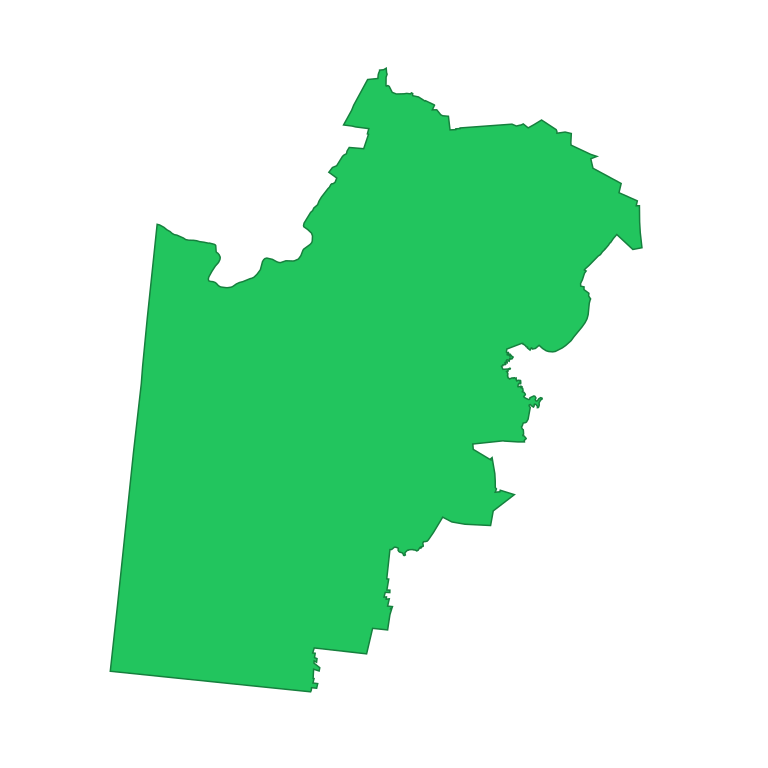 Tenosique, Tabasco, Mexico (Natural Earth projection), rotated 96°
{"feature_id": "50627088B14158734316570", "entity_name": "Tenosique", "entity_type": "district", "adm_level": 2, "iso_a3": "MEX", "parent_name": "Mexico", "parent_adm1": "Tabasco", "projection": "natural_earth1", "projection_center": [-91.353, 17.458], "detail": "fine", "context": "isolated", "style": "filled", "palette": "green", "viewbox_px": 768, "rotation_deg": 96, "n_neighbors": 0, "source": "geoboundaries", "source_scale": "gbopen_adm2", "svg_char_len": 6143}
<svg xmlns="http://www.w3.org/2000/svg" viewBox="0 0 768 768"><g transform="rotate(96 384 384)"><path d="M248.9,626.3L343.1,626.3L392.0,625.9L409.1,625.4L478.5,626.0L632.9,625.9L698.3,626.2L697.8,424.8L696.1,424.3L693.6,424.3L693.6,419.2L688.9,418.6L688.8,423.4L684.3,422.8L684.3,423.7L675.0,424.2L676.2,418.5L672.9,418.2L668.9,424.5L666.7,424.5L667.8,422.0L664.1,421.9L663.4,424.5L659.0,424.3L658.9,426.8L653.8,425.8L654.2,373.1L628.2,369.8L628.2,354.7L612.8,354.0L607.2,352.9L607.0,354.0L606.5,353.8L606.6,352.8L604.5,352.3L604.5,357.2L597.1,356.3L597.8,359.3L595.5,359.3L595.9,361.7L591.1,361.0L590.8,356.4L588.4,356.6L588.6,359.6L577.5,358.9L577.5,360.9L548.0,360.8L547.8,359.1L545.2,356.6L545.1,355.3L545.5,353.4L545.9,352.6L547.9,352.6L549.0,351.7L549.5,350.9L550.1,348.0L550.9,347.3L552.2,346.7L552.5,346.2L552.4,345.6L551.8,344.9L550.1,345.5L549.3,345.3L546.8,343.2L546.7,342.1L546.2,341.9L545.6,337.8L545.9,337.6L545.9,335.6L546.6,333.9L546.2,333.7L545.8,332.7L543.1,331.3L543.3,330.7L542.7,330.8L542.3,330.4L542.7,329.7L541.8,329.5L541.7,328.7L541.3,328.1L540.5,328.1L538.2,328.8L536.7,328.2L536.4,326.4L535.8,324.7L534.4,323.6L526.7,319.4L510.3,311.7L514.1,302.1L515.0,288.8L513.6,263.2L498.8,262.1L480.4,242.8L477.5,257.3L479.1,257.5L480.0,262.1L476.6,261.2L475.4,262.5L469.1,263.2L461.6,264.4L445.9,268.8L447.5,270.3L448.2,270.0L447.9,270.8L439.7,288.4L434.4,289.4L428.0,259.3L428.2,258.7L427.6,244.8L426.9,238.3L425.8,238.6L425.6,238.3L424.7,238.2L423.7,237.0L423.3,236.9L421.0,239.3L420.8,240.5L420.3,240.6L419.3,239.9L415.8,240.5L414.8,240.8L414.5,241.6L412.3,242.8L411.2,242.1L408.3,241.5L407.6,239.2L406.9,238.3L403.9,237.0L392.1,236.1L390.6,237.4L389.7,237.4L389.1,236.5L390.7,234.3L391.3,232.9L390.2,232.4L388.5,232.4L388.2,231.7L388.6,230.7L389.7,229.5L390.6,229.0L391.5,229.0L391.4,228.3L390.8,227.8L388.7,227.4L386.4,227.8L383.6,226.5L382.3,225.1L381.5,225.4L381.2,226.8L382.5,228.5L384.5,229.6L385.0,230.3L384.9,231.1L383.7,232.0L382.4,231.5L381.8,231.5L380.4,232.7L380.2,233.7L382.4,237.4L383.7,237.5L384.2,237.9L384.3,238.7L383.3,241.7L382.4,243.3L381.8,243.7L379.9,242.3L379.2,242.5L377.6,244.0L377.2,245.6L376.0,245.0L373.9,245.6L373.5,246.0L373.5,247.2L372.9,247.7L372.6,246.6L372.2,246.5L371.8,247.6L372.7,249.9L372.6,250.6L370.5,250.5L369.5,250.1L369.6,248.8L369.4,248.1L368.8,248.1L368.3,248.7L367.9,248.2L367.4,248.4L366.7,248.3L366.1,249.1L366.2,249.5L366.7,249.6L366.2,250.8L366.5,251.6L367.1,252.1L366.2,252.9L364.4,253.2L364.8,253.7L364.7,254.1L364.1,254.6L364.3,255.6L364.7,255.9L364.5,256.4L364.6,257.4L365.9,259.7L365.1,260.6L364.8,261.4L364.1,261.4L363.4,261.9L362.9,261.8L362.6,262.1L361.0,261.8L360.1,262.5L359.6,262.6L359.2,262.4L359.1,262.6L358.5,262.1L358.2,262.3L358.3,262.8L356.0,260.9L356.1,260.3L355.5,260.0L355.1,260.4L356.1,262.1L357.0,267.2L354.1,269.0L353.4,267.7L352.6,267.8L352.0,265.3L351.4,264.9L351.4,265.2L350.7,265.4L350.4,266.1L349.8,265.8L349.4,264.6L349.8,263.7L349.0,263.8L348.1,264.8L347.1,264.3L347.0,263.3L348.1,262.5L348.3,261.9L346.8,261.7L346.0,260.9L345.7,261.0L345.6,261.7L345.3,261.7L345.1,261.2L345.8,260.0L345.7,259.4L344.6,258.8L344.0,259.0L343.8,258.6L344.0,257.8L343.1,259.6L342.3,260.5L343.0,261.2L343.0,262.1L342.6,262.4L341.4,261.5L341.1,261.8L341.2,262.6L341.9,262.7L342.2,263.1L342.1,264.5L341.6,264.6L341.0,263.6L340.0,263.4L339.6,263.7L340.0,265.1L339.6,265.6L336.4,265.5L329.3,251.5L329.1,250.2L330.0,249.8L330.1,248.9L331.0,247.5L332.2,246.3L332.4,245.1L333.2,245.1L335.0,242.3L332.7,241.3L332.7,240.8L333.7,240.0L332.8,237.1L329.3,233.8L332.1,230.0L334.0,226.2L334.5,223.6L334.4,219.6L333.7,217.0L329.5,210.5L326.7,207.3L321.4,202.5L317.1,200.0L306.7,193.1L302.1,190.5L298.0,188.9L293.7,188.2L282.2,188.3L279.0,187.8L277.8,187.4L275.1,189.7L272.4,189.7L269.2,195.0L266.5,195.2L266.1,198.6L263.4,199.0L259.6,197.6L252.9,196.2L250.5,194.8L249.5,197.2L249.4,196.3L248.4,195.9L244.9,192.7L234.3,184.3L232.7,182.3L229.7,180.6L226.9,178.3L226.6,178.4L226.3,177.9L222.0,175.0L220.3,174.3L219.8,173.5L215.3,171.1L211.0,168.1L224.2,150.6L221.5,141.7L206.5,145.0L196.2,146.7L180.0,148.6L180.4,151.8L175.4,151.2L169.2,170.3L159.8,169.1L147.6,198.7L138.4,201.9L135.4,196.1L134.0,202.5L126.9,222.9L124.6,223.4L115.3,223.9L114.5,230.2L116.5,238.2L114.6,238.5L113.0,239.4L105.0,254.9L110.5,262.1L114.2,267.4L110.8,272.7L112.3,275.1L112.2,275.4L113.6,279.3L112.2,283.9L121.4,335.1L122.0,335.0L122.7,339.2L123.5,339.1L124.4,344.9L111.0,347.9L111.1,353.7L110.9,354.2L110.3,355.7L105.8,360.2L106.3,364.6L101.4,362.9L101.2,363.1L97.9,372.4L98.3,372.9L94.9,379.7L94.3,385.5L93.9,385.8L92.1,385.8L91.6,387.2L92.7,387.9L92.6,391.8L93.3,394.4L94.3,402.0L93.1,406.3L87.5,409.9L86.8,411.4L87.5,412.8L87.2,413.2L78.7,414.0L75.6,413.3L74.0,414.0L69.7,414.8L71.5,417.3L72.3,421.2L73.2,421.1L75.3,421.8L77.2,422.1L80.8,422.0L82.9,432.1L109.9,443.3L115.2,444.8L130.6,451.3L130.8,442.6L131.3,439.1L131.6,425.8L137.0,426.7L137.3,425.5L152.1,428.8L152.4,443.3L156.2,445.1L158.9,445.4L160.5,447.8L162.0,449.1L171.9,453.9L174.1,457.9L179.2,461.0L184.1,452.5L188.6,453.8L190.1,455.6L190.3,456.8L191.2,457.7L194.1,458.9L195.5,460.1L204.7,465.8L208.8,467.7L212.7,468.8L216.3,472.2L219.0,473.1L221.0,474.9L232.3,480.3L234.9,480.6L236.0,480.2L238.3,476.1L241.5,471.9L244.2,470.6L249.4,470.3L251.0,470.7L252.9,472.0L258.3,478.0L259.5,478.6L265.1,480.1L268.7,482.2L270.8,485.9L271.2,487.3L271.7,494.4L274.1,499.6L274.1,501.5L273.6,503.5L271.7,508.0L271.0,513.7L271.7,515.5L272.9,516.6L274.9,517.6L283.3,518.9L288.2,521.8L291.4,524.5L292.6,526.4L293.2,528.1L296.9,535.0L298.2,538.4L300.0,541.4L302.6,544.3L303.6,545.9L304.5,549.3L304.7,551.2L304.6,555.8L304.4,557.1L303.5,559.0L301.5,561.2L300.6,562.8L300.1,564.9L300.1,567.4L299.8,568.8L299.4,569.2L298.0,569.7L295.8,569.4L289.9,566.9L284.4,564.1L280.5,561.3L277.5,560.2L275.9,560.1L274.9,560.2L272.8,561.4L271.4,562.8L270.6,564.3L269.8,564.8L264.0,565.8L263.4,566.2L262.8,567.5L262.1,572.3L262.3,573.3L261.8,577.9L261.7,582.1L261.1,585.3L261.0,588.5L261.4,593.2L261.1,596.3L259.8,598.7L257.6,605.5L257.4,608.1L256.3,610.6L254.7,612.8L253.4,615.9L251.2,619.2L249.3,623.7L248.9,626.3Z" fill="#22c55e" stroke="#15803d" stroke-width="1.5"/></g></svg>